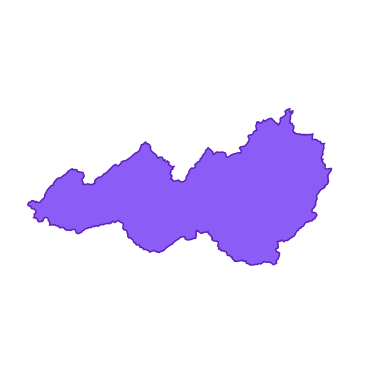 the district of General Sanchez Cerro, Moquegua, Peru, rotated 44°
{"feature_id": "86281439B84975100544654", "entity_name": "General Sanchez Cerro", "entity_type": "district", "adm_level": 2, "iso_a3": "PER", "parent_name": "Peru", "parent_adm1": "Moquegua", "projection": "equal_earth", "projection_center": [-70.895, -16.478], "detail": "fine", "context": "isolated", "style": "filled", "palette": "violet", "viewbox_px": 384, "rotation_deg": 44, "n_neighbors": 0, "source": "geoboundaries", "source_scale": "gbopen_adm2", "svg_char_len": 6023}
<svg xmlns="http://www.w3.org/2000/svg" viewBox="0 0 384 384"><g transform="rotate(44 192 192)"><path d="M89.3,259.4L88.5,263.4L88.8,265.7L88.8,267.4L88.0,269.3L88.1,270.6L87.3,273.5L85.8,275.5L85.8,278.4L86.2,281.6L87.5,283.6L86.6,284.5L86.3,285.5L86.5,290.9L88.0,296.0L90.0,299.0L89.4,301.5L89.7,304.6L89.4,305.4L88.4,306.7L86.5,307.0L86.4,308.2L85.2,308.1L83.7,308.6L82.8,309.6L82.8,311.2L81.8,312.8L82.3,314.6L83.1,315.4L84.8,315.2L85.8,314.3L88.1,315.3L90.3,313.9L93.0,314.0L94.0,315.3L93.9,317.5L95.5,318.9L96.0,319.8L96.0,320.4L98.6,318.8L99.6,319.0L101.0,319.9L102.8,319.7L104.8,316.8L104.7,315.8L103.8,314.1L103.9,312.4L105.6,311.2L107.0,311.0L108.5,312.4L109.7,312.2L110.9,312.8L112.6,314.7L114.5,312.2L115.4,312.0L116.0,310.9L117.9,310.6L119.3,309.3L120.6,309.7L122.0,309.4L123.4,307.6L124.6,306.7L126.4,307.1L128.8,306.4L129.2,305.3L131.4,304.0L131.7,302.7L133.3,300.5L134.8,300.5L137.0,301.7L138.1,301.7L139.0,300.9L139.6,300.0L140.5,297.0L140.1,296.2L140.8,294.3L140.9,292.2L142.3,290.5L142.6,289.3L143.3,288.3L144.1,287.8L144.5,285.6L145.7,284.8L146.4,282.9L148.0,282.1L148.7,280.3L148.8,279.0L150.8,277.2L151.1,276.2L153.3,272.9L154.5,272.4L155.4,270.3L155.2,269.0L155.5,267.8L157.4,267.8L158.2,266.1L158.4,264.1L158.7,263.8L161.6,263.4L163.8,262.5L165.6,263.3L166.8,265.5L167.5,266.1L168.8,266.5L171.5,265.2L172.5,265.4L174.5,266.9L175.5,266.8L175.7,267.6L176.7,268.6L178.7,268.8L179.4,267.9L180.7,267.3L181.4,267.8L183.3,267.6L185.4,268.7L186.8,267.9L187.5,268.5L189.0,268.6L190.5,266.8L193.3,267.9L194.1,266.7L196.1,266.6L197.1,267.0L198.6,265.5L201.7,264.4L203.3,264.6L205.2,260.5L207.8,259.9L208.4,259.2L209.7,258.9L210.4,258.2L211.0,256.2L212.3,253.9L212.3,250.3L213.1,245.6L213.9,243.5L213.9,239.1L215.1,234.7L215.2,232.0L215.8,231.7L217.3,229.6L218.3,229.1L219.5,230.5L221.8,229.8L223.4,228.2L226.1,223.3L226.7,222.9L225.1,219.9L223.6,219.1L222.9,217.6L222.1,217.1L222.0,216.3L227.4,215.4L229.2,211.8L230.3,210.8L231.0,209.5L231.4,210.1L234.3,210.6L236.0,210.1L237.1,210.8L238.0,210.6L238.3,211.2L238.8,211.2L239.0,212.1L239.9,212.4L242.0,211.9L243.0,210.8L244.4,210.0L245.7,209.9L247.0,211.0L247.8,213.0L249.6,213.1L250.8,214.5L252.7,213.5L253.4,214.0L254.4,213.6L255.5,212.5L258.2,211.3L261.6,213.0L262.9,211.6L265.4,211.6L266.2,211.0L266.9,211.8L271.0,212.1L271.6,211.3L272.3,211.0L275.7,206.0L277.2,206.1L278.5,204.3L280.7,205.5L282.6,204.2L283.6,204.4L285.0,203.7L286.7,202.0L288.2,199.5L289.4,198.7L289.9,196.8L291.2,196.2L291.7,195.1L292.1,191.9L293.7,191.4L294.6,190.3L297.7,188.0L301.0,187.8L302.1,185.2L302.2,184.2L300.3,183.4L300.4,180.2L298.7,176.6L297.2,175.0L294.2,176.1L291.9,174.9L291.7,174.5L292.5,173.3L292.7,172.2L290.7,170.1L287.8,168.4L288.8,167.4L289.9,165.6L290.0,164.1L292.7,163.8L292.7,162.4L294.3,160.5L294.8,158.8L294.6,156.6L295.2,155.9L296.1,152.3L294.6,147.9L294.6,146.9L295.1,145.9L294.4,144.2L295.3,142.2L295.4,140.3L295.8,138.9L294.9,135.3L295.5,133.7L296.1,133.4L296.6,132.4L297.0,130.5L298.1,129.9L298.4,129.1L298.3,127.1L298.9,125.5L298.2,123.7L298.1,122.3L297.5,121.6L295.8,121.1L292.2,123.1L290.5,120.9L290.7,118.2L289.7,115.2L287.5,112.6L286.7,110.0L284.6,108.7L284.1,107.9L282.9,100.6L283.4,99.9L284.3,96.6L284.2,96.0L283.2,95.7L283.9,92.1L282.4,89.0L281.4,89.1L280.7,87.6L279.2,87.0L278.8,85.9L278.0,85.6L277.0,79.5L276.3,78.5L275.5,78.5L273.0,81.9L272.0,82.6L271.2,82.5L268.8,79.8L266.4,80.1L265.0,79.4L264.1,79.5L263.5,77.4L262.1,78.3L260.5,76.6L259.8,73.4L258.3,72.8L256.4,68.8L254.0,66.7L253.5,65.2L252.1,66.9L250.7,67.4L250.0,66.7L249.1,66.6L247.8,67.6L245.7,67.7L244.1,68.4L243.0,69.8L241.7,70.5L238.7,66.6L238.6,67.2L238.1,67.1L237.8,68.1L236.7,68.8L235.7,70.6L234.8,70.8L234.0,71.6L233.4,73.2L232.5,72.8L232.0,73.8L231.3,74.1L230.8,75.1L229.8,75.0L228.9,75.6L228.1,76.7L227.1,77.0L226.3,77.9L225.0,78.3L224.6,77.8L223.2,78.5L221.9,77.7L221.0,75.6L219.5,73.9L218.1,74.0L216.6,73.2L215.0,74.3L214.3,74.1L213.9,73.1L212.9,73.2L212.1,71.2L209.2,67.8L209.5,65.4L208.3,63.6L207.8,63.8L207.5,65.8L206.9,66.7L206.2,66.3L204.5,64.2L203.1,66.9L202.9,69.5L205.2,70.4L205.7,72.2L205.7,73.6L204.3,77.3L204.8,78.3L206.9,80.2L207.5,83.8L205.9,83.5L203.8,84.1L198.9,83.8L197.5,84.1L195.8,87.6L195.6,90.2L193.5,90.6L194.0,93.9L192.2,95.6L191.7,95.1L191.1,95.4L190.1,96.9L191.2,98.1L191.9,100.0L195.6,102.6L194.8,104.2L194.6,105.9L194.7,106.4L195.5,107.4L195.4,109.1L193.5,111.6L193.4,112.4L194.2,113.5L195.7,113.8L196.9,114.7L197.6,116.9L198.1,120.1L198.0,122.3L197.2,123.8L195.7,125.6L195.6,127.2L196.0,127.7L197.0,127.5L199.3,128.4L199.9,130.1L198.1,131.5L195.5,135.9L194.6,137.7L193.8,141.8L192.9,142.5L191.6,142.6L190.5,141.5L189.0,140.8L186.3,142.0L185.6,142.6L185.3,143.4L181.9,146.2L181.6,149.1L181.0,150.2L179.6,149.0L178.4,148.7L172.9,149.0L173.1,150.0L172.9,152.4L174.1,154.6L174.3,158.6L175.4,160.3L174.9,162.3L176.1,164.3L175.4,166.3L175.0,169.8L175.2,170.6L176.9,171.4L177.2,172.0L176.4,174.2L175.1,174.9L174.9,176.8L175.3,178.7L176.9,181.4L176.8,182.5L177.2,184.7L179.2,187.4L178.6,190.6L176.8,192.7L174.2,192.7L171.5,196.8L170.1,197.2L169.1,196.5L167.9,197.3L167.2,196.4L166.6,194.3L163.2,194.0L163.1,192.4L162.1,191.8L161.8,189.9L162.3,188.9L161.2,187.5L161.5,186.1L161.3,186.0L160.0,188.0L157.9,187.9L156.5,188.9L156.0,188.6L155.5,187.2L154.7,186.6L154.1,187.1L152.9,186.7L152.5,188.0L151.4,188.5L150.2,187.7L149.6,188.9L146.5,187.7L144.5,189.4L144.2,191.0L143.7,191.3L140.2,190.2L135.5,190.7L132.8,190.4L131.0,188.4L128.6,187.6L126.6,187.9L126.2,188.7L125.3,189.0L124.2,188.2L123.5,189.4L123.9,191.4L122.8,193.1L125.3,198.5L125.1,201.4L124.2,203.6L123.7,210.5L123.3,211.6L122.9,214.0L122.2,216.2L121.0,217.4L120.3,219.4L121.0,220.9L120.8,224.6L120.4,225.0L118.1,225.1L117.2,227.3L117.0,238.0L116.1,240.3L116.3,244.2L114.5,246.4L114.0,250.4L114.3,251.5L115.9,253.0L115.3,254.6L115.3,255.5L113.9,257.1L111.1,258.7L110.8,259.9L108.1,262.2L107.1,260.8L105.2,260.4L104.3,259.6L103.7,255.9L103.1,255.2L100.1,253.8L95.3,256.8L94.6,256.7L94.1,256.0L92.9,256.5L90.9,258.6L89.9,258.4L89.3,259.4Z" fill="#8b5cf6" stroke="#5b21b6" stroke-width="1.5"/></g></svg>